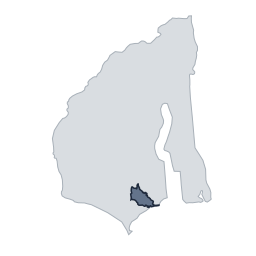 Fatick, Fatick, Senegal shown in context, rotated 265°
{"feature_id": "50182788B55839740763416", "entity_name": "Fatick", "entity_type": "district", "adm_level": 2, "iso_a3": "SEN", "parent_name": "Senegal", "parent_adm1": "Fatick", "projection": "orthographic", "projection_center": [-16.497, 14.221], "detail": "fine", "context": "in_parent", "style": "filled", "palette": "slate", "viewbox_px": 256, "rotation_deg": 265, "n_neighbors": 0, "source": "geoboundaries", "source_scale": "gbopen_adm2", "svg_char_len": 6731}
<svg xmlns="http://www.w3.org/2000/svg" viewBox="0 0 256 256"><g transform="rotate(265 128 128)"><path d="M201.9,116.3L205.2,121.9L204.6,124.7L203.9,128.7L205.8,131.6L208.0,133.4L209.5,135.1L211.2,137.5L211.6,142.3L211.4,145.7L212.5,147.3L213.5,149.2L213.3,150.9L212.7,152.3L210.7,154.3L210.4,157.9L213.8,162.2L216.0,164.5L216.0,165.8L216.7,167.3L218.3,169.0L219.3,168.6L220.3,167.1L220.8,166.1L223.7,166.5L225.0,166.9L226.9,169.7L227.6,171.6L228.1,174.0L230.1,176.9L231.8,178.9L232.2,180.2L233.7,181.9L232.9,185.9L233.0,187.9L232.1,193.1L231.9,195.6L232.0,196.5L234.3,198.3L234.2,201.0L231.8,200.6L227.8,200.4L219.7,201.9L216.9,201.4L211.6,201.7L207.8,202.5L203.0,204.3L199.3,204.0L197.3,202.7L194.6,202.8L191.6,202.1L188.4,200.9L185.5,200.2L182.3,197.9L180.8,197.5L179.8,198.1L178.9,198.9L178.0,199.4L176.3,199.0L175.6,197.4L176.2,195.8L176.3,194.6L175.5,193.9L173.6,193.8L170.5,193.8L165.5,193.4L164.3,193.1L153.1,192.8L141.5,192.9L131.7,193.0L119.3,193.0L110.5,193.0L102.4,193.0L96.1,196.3L89.3,199.8L80.1,201.7L69.5,201.1L66.2,201.6L62.7,203.1L60.1,204.2L56.5,204.9L51.8,204.4L49.9,204.7L48.7,203.1L47.3,200.5L48.2,198.6L51.1,197.4L55.4,195.8L57.6,196.6L58.9,196.7L59.2,195.7L58.8,195.1L55.5,193.7L53.8,191.9L52.4,193.0L51.2,195.2L50.2,195.9L48.8,196.5L47.9,195.0L47.6,193.5L48.2,192.4L47.9,185.9L48.3,182.5L48.1,179.5L50.1,177.6L52.1,176.3L59.6,176.2L66.6,176.1L73.3,176.2L80.2,176.2L80.9,170.2L83.1,169.8L86.3,169.1L92.4,168.4L99.1,167.6L100.6,166.5L101.7,164.5L102.4,162.7L103.8,161.9L105.6,162.5L108.1,163.4L110.7,164.9L113.6,166.2L115.6,167.0L120.3,169.1L128.4,172.0L135.0,173.1L143.0,170.8L148.8,169.4L149.5,166.8L148.6,164.3L144.2,162.1L138.4,162.4L136.6,163.0L133.9,163.8L132.2,164.1L129.5,163.6L126.0,161.7L123.8,159.7L120.7,158.8L117.0,157.8L111.1,153.8L108.1,153.0L105.2,152.8L99.6,153.7L94.2,155.9L91.4,160.9L85.9,160.9L74.4,160.8L63.8,160.6L55.1,161.0L54.2,157.3L52.1,154.4L48.7,152.0L48.0,149.7L49.2,147.7L52.4,146.0L53.1,144.9L51.4,145.1L48.9,146.1L47.2,146.2L47.0,143.0L44.1,138.9L40.9,132.0L37.3,129.1L34.3,123.5L31.1,121.4L28.2,120.4L25.7,120.6L24.8,123.1L21.7,119.4L25.9,118.1L35.0,113.6L45.4,100.4L54.8,84.8L56.0,81.1L57.1,78.3L57.9,71.9L59.2,68.1L60.5,67.4L62.0,64.4L63.9,59.3L66.1,56.5L68.5,55.9L70.4,56.2L71.7,57.2L75.6,57.9L82.1,58.1L87.1,57.3L90.7,55.5L95.3,54.6L101.1,54.5L104.1,53.8L104.4,52.3L105.1,51.9L106.3,52.4L107.5,52.2L108.5,51.2L109.6,51.1L110.6,52.0L115.5,52.2L124.1,51.8L132.0,54.4L139.4,60.0L143.2,63.8L143.5,65.7L144.7,67.7L146.9,69.6L148.9,69.9L150.7,68.7L152.1,68.8L153.2,70.3L155.3,70.5L157.6,69.6L159.2,69.9L159.5,70.8L159.9,71.2L161.0,71.4L162.6,72.5L164.7,75.5L166.5,79.8L167.9,85.2L169.7,88.1L171.9,88.6L173.2,89.7L173.5,91.0L174.1,91.8L175.2,92.3L177.0,92.0L179.2,93.8L181.6,97.8L182.0,99.6L181.7,100.5L181.8,101.2L183.4,101.9L184.9,103.2L186.1,105.1L188.7,106.8L192.7,108.3L195.6,110.5L197.4,113.5L201.1,116.0L201.9,116.3Z" fill="#d9dde1" stroke="#a8b0b8" stroke-width="1"/><path d="M56.3,124.7L56.5,125.1L56.6,125.5L56.5,125.9L56.3,126.3L56.2,126.5L56.1,126.8L56.1,127.0L56.1,127.4L56.0,127.8L55.8,128.3L55.7,128.4L55.6,128.5L55.4,128.8L55.2,129.0L54.9,129.3L54.6,129.6L54.4,129.7L53.9,130.1L53.6,130.2L53.1,130.4L52.9,130.6L52.7,130.9L52.6,131.1L52.4,131.1L51.3,131.2L51.1,131.2L51.0,131.3L50.7,131.6L50.2,132.1L50.1,132.3L50.1,132.5L50.1,132.8L50.0,133.8L50.0,134.0L49.9,134.2L49.9,134.3L50.0,134.9L50.0,135.2L50.0,135.3L50.0,135.6L49.8,135.9L49.4,136.5L49.1,136.9L48.8,137.3L48.7,137.4L48.7,137.5L48.6,137.9L48.6,138.1L48.7,138.3L48.8,138.5L49.1,138.7L49.2,138.8L49.4,138.8L49.5,138.8L49.5,139.1L49.5,139.3L49.3,139.6L49.2,139.7L49.1,139.8L48.9,139.8L48.8,140.0L48.6,140.1L48.3,140.2L48.1,140.5L48.4,141.0L48.5,141.1L48.4,141.3L48.2,141.2L47.9,141.3L47.7,141.4L47.5,141.2L47.5,141.3L47.4,141.3L47.2,141.5L47.1,141.9L47.2,142.0L47.3,142.1L47.5,142.2L47.5,142.3L48.0,142.5L48.0,142.8L48.3,143.1L48.4,143.3L48.5,143.5L48.5,143.8L48.4,143.9L48.1,143.9L47.8,144.3L47.7,144.4L47.7,144.8L47.7,145.0L47.9,146.0L47.9,146.3L47.9,146.5L47.9,146.9L48.0,147.1L48.0,147.4L48.0,147.9L48.0,148.2L48.0,148.4L48.0,149.1L48.0,149.4L48.0,149.5L48.0,149.9L48.0,150.0L48.1,150.5L48.0,150.9L48.1,151.0L48.1,151.4L48.1,151.5L48.2,151.9L48.2,152.1L48.5,152.2L48.5,151.5L48.5,151.1L48.5,150.8L48.5,150.4L48.5,150.1L48.5,149.7L48.5,149.4L48.4,148.8L48.5,148.7L48.5,148.3L48.5,148.1L48.5,147.9L48.5,147.7L48.8,147.3L48.9,147.1L49.0,147.1L49.1,146.9L49.5,146.6L49.8,146.3L49.8,146.2L50.0,146.1L50.2,145.9L50.5,145.9L50.8,146.0L51.0,146.1L51.4,146.4L51.6,146.4L51.7,146.5L51.8,146.5L52.0,146.6L52.3,146.8L52.5,146.8L52.8,146.7L53.1,146.5L53.3,146.3L53.6,145.8L53.7,145.6L53.9,145.2L54.1,145.0L54.1,144.9L54.3,144.7L54.6,144.4L54.8,144.3L55.0,144.2L55.3,144.1L55.6,144.0L55.6,143.9L55.8,143.8L56.0,143.6L56.3,143.3L56.4,143.2L56.5,143.1L56.7,142.8L56.8,142.8L56.8,142.7L57.0,142.4L57.3,141.8L57.5,141.7L57.9,141.5L58.0,141.5L58.1,141.4L58.3,141.4L58.5,141.4L58.8,141.4L59.0,141.4L59.0,140.8L59.0,140.7L59.2,140.4L59.4,140.3L59.5,140.3L59.8,140.3L59.9,140.5L60.0,140.8L60.5,141.0L60.9,141.1L61.1,141.1L61.3,140.8L61.2,140.6L61.3,140.5L61.5,140.4L61.4,140.3L61.4,140.2L61.5,140.2L61.6,140.3L61.7,140.2L61.8,140.0L62.0,140.1L61.9,140.0L61.9,139.9L61.7,139.8L61.8,139.7L62.0,139.7L61.9,139.5L61.8,139.2L61.7,139.0L61.8,138.9L61.8,138.6L61.8,138.4L61.7,138.3L61.8,138.2L61.9,138.4L62.0,138.4L62.3,138.3L62.3,138.2L62.2,138.0L62.1,137.8L62.2,137.7L62.3,137.7L62.2,137.5L62.2,137.4L62.3,137.2L62.5,137.1L63.0,136.8L63.3,136.8L63.7,136.5L63.8,136.5L64.0,136.3L64.2,136.2L64.3,136.0L64.4,135.9L64.6,135.7L64.8,135.4L65.0,135.2L65.3,135.0L65.4,134.8L65.4,134.7L65.5,134.6L65.8,134.4L66.1,134.3L66.3,134.2L66.5,134.2L66.9,134.2L67.2,134.2L67.4,134.1L67.7,134.0L68.1,133.8L68.3,133.8L68.4,133.7L68.8,133.6L69.2,133.4L69.4,133.4L69.7,133.3L70.0,133.2L70.6,133.2L70.9,133.3L71.3,133.3L71.3,133.1L71.3,132.9L71.2,132.7L70.9,132.5L70.7,132.4L70.4,132.3L70.1,132.1L69.9,132.0L69.6,132.0L69.3,132.0L69.2,132.0L68.9,132.0L68.7,132.0L68.5,131.9L68.1,131.8L68.0,131.7L67.9,131.7L67.7,131.7L67.3,131.6L67.2,131.5L66.8,131.4L66.7,131.3L66.7,131.2L66.8,131.0L66.9,130.9L67.0,130.8L67.1,130.7L67.3,130.6L67.3,130.1L67.4,129.9L67.3,129.7L67.4,129.4L67.4,129.2L67.5,128.8L67.5,128.7L67.7,128.4L67.8,128.3L67.9,128.2L68.1,128.0L68.1,127.9L68.4,127.7L68.5,127.6L68.8,127.4L69.0,127.2L69.2,126.9L69.3,126.9L69.1,126.8L68.9,126.6L68.7,126.5L68.0,126.3L67.7,126.2L67.1,126.0L66.5,126.0L66.1,125.8L65.4,125.8L65.1,125.7L65.0,125.8L64.7,125.8L63.8,125.9L63.3,126.0L62.9,126.0L62.7,126.0L62.4,125.5L62.0,124.9L61.9,124.9L61.2,125.0L60.3,125.0L60.0,125.0L59.7,125.0L59.3,125.2L58.9,125.2L58.6,125.1L58.2,125.1L57.8,125.3L57.7,125.3L57.4,125.0L57.2,124.9L56.7,124.8L56.3,124.7Z" fill="#64748b" stroke="#1e293b" stroke-width="1.5"/></g></svg>